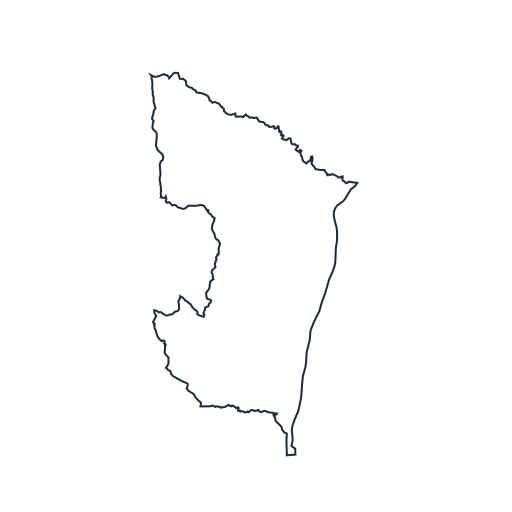 outline of Dubova, Mehedinti, Romania, rotated 345°
{"feature_id": "2599482B77671592259888", "entity_name": "Dubova", "entity_type": "district", "adm_level": 2, "iso_a3": "ROU", "parent_name": "Romania", "parent_adm1": "Mehedinti", "projection": "orthographic", "projection_center": [22.168, 44.612], "detail": "fine", "context": "isolated", "style": "outline", "palette": "slate", "viewbox_px": 512, "rotation_deg": 345, "n_neighbors": 0, "source": "geoboundaries", "source_scale": "gbopen_adm2", "svg_char_len": 6115}
<svg xmlns="http://www.w3.org/2000/svg" viewBox="0 0 512 512"><g transform="rotate(345 256 256)"><path d="M192.1,99.0L190.5,101.6L189.1,105.5L189.9,108.1L191.2,109.6L191.6,110.5L191.7,111.3L191.6,112.9L191.0,115.1L188.6,121.5L187.8,124.5L188.6,126.3L188.1,127.7L190.1,131.0L191.7,133.1L192.0,134.7L191.9,136.5L191.6,137.6L190.8,139.0L188.6,140.0L186.7,142.8L184.8,152.7L183.9,154.2L182.6,157.7L182.4,161.2L181.9,163.3L182.1,164.3L181.2,167.5L181.3,168.6L180.1,170.8L179.9,174.0L179.2,174.7L182.3,176.2L183.4,176.2L184.2,175.3L184.1,178.0L183.1,179.2L183.5,181.3L184.2,181.6L185.9,181.4L188.5,185.7L190.0,185.4L190.9,185.8L191.9,186.6L193.5,189.2L195.3,190.0L197.0,191.3L198.3,191.7L200.4,191.5L203.7,189.9L211.4,192.1L215.7,192.3L218.6,193.9L220.5,199.0L221.4,199.0L221.9,199.6L221.7,200.1L220.8,200.2L221.5,202.1L223.4,204.6L223.8,206.3L224.2,206.9L225.9,208.7L224.6,211.1L222.3,214.1L220.6,217.3L220.4,218.8L221.2,222.8L221.6,223.8L221.4,226.1L221.5,228.4L222.9,230.6L223.7,231.1L223.9,232.9L224.5,234.7L221.5,239.7L221.1,242.8L220.3,244.7L219.2,244.5L219.1,245.2L217.3,246.6L216.9,247.6L217.0,249.2L215.7,250.6L215.1,251.8L214.1,252.9L213.9,256.3L209.6,258.7L208.8,260.2L209.4,262.9L208.6,265.7L208.9,267.4L206.2,268.3L204.8,269.3L203.4,273.2L202.6,274.9L201.3,276.4L198.4,278.4L197.6,282.1L197.8,284.4L198.1,285.0L199.9,285.9L201.2,287.2L201.1,287.6L200.1,289.2L198.4,289.9L196.9,292.3L193.6,292.6L192.7,294.7L190.2,298.0L190.9,299.4L189.8,301.2L186.0,298.8L184.2,296.9L184.8,295.8L184.8,294.5L184.1,293.1L183.1,292.2L182.2,290.4L181.2,289.1L180.5,286.0L179.0,284.2L178.5,283.2L177.4,281.7L176.0,280.6L175.5,279.0L174.3,276.9L173.0,276.2L172.3,275.2L171.6,277.2L169.3,279.6L168.9,283.8L168.2,285.7L168.1,287.1L167.7,287.8L166.1,288.8L163.2,288.9L160.0,290.7L158.3,290.3L156.0,290.6L153.9,290.3L151.3,287.9L149.6,285.5L147.5,285.2L145.8,283.1L143.6,282.1L143.3,284.0L143.3,285.4L144.2,287.9L139.3,293.4L140.6,295.3L139.7,295.9L140.0,296.9L139.3,299.3L139.6,300.8L140.1,302.1L139.8,303.9L140.0,308.0L140.9,310.5L142.2,313.0L143.4,314.0L144.4,313.5L145.3,314.1L145.6,314.6L145.2,316.3L144.9,316.5L145.2,316.8L145.1,317.3L145.8,318.1L145.8,318.5L145.4,318.9L144.9,318.7L144.4,321.3L142.9,325.1L142.8,326.4L143.3,327.9L145.3,331.7L144.7,332.8L144.5,334.3L143.8,335.9L143.9,336.6L142.8,338.3L140.2,340.6L140.5,340.7L141.1,342.0L141.6,343.5L143.4,344.8L143.6,346.6L143.4,347.9L144.7,350.5L151.6,357.3L156.7,361.3L156.8,363.1L154.7,366.1L156.2,369.2L159.4,372.4L160.5,374.1L160.5,375.6L161.1,377.1L163.3,381.3L164.9,383.4L163.4,386.9L172.3,389.2L175.8,389.3L177.6,391.2L177.9,390.9L179.6,391.1L180.4,391.9L182.1,392.3L182.5,393.2L182.9,393.5L183.7,393.2L185.4,393.7L187.4,393.6L189.1,393.4L190.2,392.8L191.4,392.9L192.4,394.5L193.0,394.8L194.4,394.3L195.9,395.5L197.3,397.5L197.5,397.3L198.1,397.8L199.2,397.5L199.7,397.6L199.9,398.6L199.2,399.2L198.6,400.8L200.7,401.2L200.8,401.4L200.4,401.7L200.5,402.2L202.6,402.4L203.5,402.9L204.2,403.4L204.6,404.3L206.9,404.4L207.5,404.0L208.3,404.9L208.6,404.5L210.1,404.4L211.2,403.7L211.9,403.6L213.8,404.5L214.1,405.2L217.2,405.7L217.9,405.1L218.5,405.4L218.9,406.6L219.6,407.5L220.5,408.1L224.0,407.7L225.7,408.6L227.3,410.2L231.9,411.8L232.7,412.6L235.5,413.6L235.4,414.0L233.8,414.5L231.8,414.1L231.9,415.6L232.7,416.9L232.3,418.3L232.3,420.4L236.5,427.7L236.2,429.7L237.5,433.6L239.8,435.5L237.5,442.7L234.2,456.5L242.7,458.0L244.0,452.2L241.1,448.8L243.4,444.1L244.3,441.1L245.6,433.4L247.4,429.1L251.9,422.8L256.2,417.3L258.3,413.7L262.2,405.9L263.5,402.9L267.5,391.3L270.3,384.0L275.2,375.7L277.1,371.0L280.0,362.1L286.0,351.4L288.8,343.6L289.7,341.7L295.2,334.3L302.9,325.7L306.8,319.0L312.7,310.6L320.5,297.7L326.0,290.9L329.3,286.0L331.0,282.6L334.6,270.9L335.5,268.3L338.3,262.0L340.4,254.3L341.2,249.3L341.2,242.7L341.5,238.1L342.0,235.5L342.9,233.1L345.1,230.2L347.3,228.3L354.8,225.4L357.8,223.0L364.7,216.3L370.3,213.8L372.7,211.5L366.4,209.0L364.9,208.1L363.7,208.8L361.9,209.0L360.7,206.9L359.3,205.6L359.4,203.6L360.0,202.8L360.2,201.4L358.1,201.6L357.4,202.0L356.6,201.5L356.0,201.4L354.2,199.2L350.8,196.5L349.4,197.1L348.9,197.0L346.8,195.8L346.2,196.6L345.8,196.4L346.1,195.2L344.8,192.8L344.5,190.7L340.8,189.7L336.0,187.5L335.5,185.6L335.5,185.0L334.4,183.5L333.6,180.9L335.0,178.8L335.7,177.0L336.1,175.1L335.9,174.2L335.2,174.3L334.7,174.7L333.0,178.2L330.5,178.2L329.0,179.6L328.6,179.7L328.1,179.3L327.8,178.6L326.3,176.9L325.9,175.7L326.0,172.0L325.5,170.7L325.5,168.2L325.8,167.6L327.1,166.2L326.6,165.3L325.8,165.0L325.3,165.4L324.8,166.7L324.3,166.6L321.9,163.7L322.1,162.9L324.4,161.7L324.9,161.1L325.1,160.3L323.4,159.6L322.5,158.0L320.7,157.8L320.0,157.3L319.6,156.5L319.4,155.3L319.7,151.8L319.1,151.0L318.4,150.8L317.6,151.0L316.6,151.6L315.2,151.9L312.5,150.3L311.5,149.1L313.6,147.2L313.7,146.6L313.5,146.2L313.0,146.0L311.5,146.0L311.4,145.7L312.0,144.9L312.0,144.4L312.6,143.1L312.4,142.2L311.9,141.8L311.1,142.2L310.7,142.2L310.5,141.8L311.1,138.8L311.2,136.6L311.0,136.3L310.6,136.4L309.5,137.9L307.5,138.0L306.8,137.7L306.7,137.1L307.3,136.0L307.1,135.4L306.6,135.2L303.9,135.2L301.9,134.5L301.5,132.9L299.8,132.3L299.1,131.6L298.7,130.0L297.7,128.6L294.0,127.0L293.7,126.4L293.7,125.5L293.0,124.5L292.7,122.6L289.1,122.0L288.2,121.2L287.0,120.8L285.7,120.9L284.6,119.0L283.6,118.5L282.8,116.6L281.0,117.5L279.7,118.6L279.0,118.3L278.3,117.5L272.8,116.3L272.5,115.8L272.9,113.0L268.6,113.2L267.5,112.9L265.3,111.5L263.6,109.5L263.4,108.8L262.6,108.1L262.7,106.6L263.0,106.1L262.9,105.3L261.9,104.1L261.9,103.5L261.3,103.2L259.5,99.1L255.7,96.4L253.6,96.7L252.4,94.4L251.7,94.1L251.5,93.3L251.4,90.9L250.8,88.9L246.9,85.4L240.8,82.5L240.3,80.1L238.7,79.0L237.7,77.1L235.3,75.8L232.9,73.0L233.3,71.7L233.2,70.9L233.5,69.4L233.3,68.5L231.4,65.9L230.5,65.9L228.3,65.1L228.0,59.0L225.3,58.1L223.5,58.3L218.1,62.0L217.4,58.7L215.1,57.7L214.6,56.7L213.1,56.6L208.8,57.1L204.6,56.9L201.3,54.0L201.8,55.5L201.8,56.1L201.0,57.5L201.1,58.9L200.6,62.4L198.9,68.1L198.9,71.0L198.4,71.6L198.0,73.8L198.2,76.5L197.1,79.9L197.1,87.3L195.0,89.0L193.1,93.2L191.9,94.5L191.1,97.1L192.1,99.0Z" fill="none" stroke="#1e293b" stroke-width="2"/></g></svg>